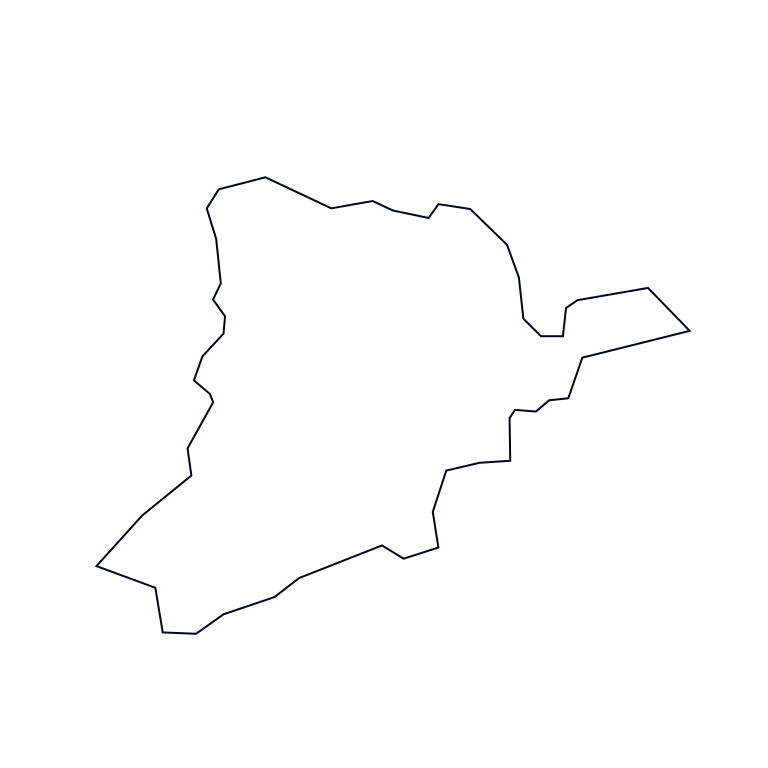 the district of Keita, Tahoua, Niger, rotated 352°
{"feature_id": "23599985B44584919101761", "entity_name": "Keita", "entity_type": "district", "adm_level": 2, "iso_a3": "NER", "parent_name": "Niger", "parent_adm1": "Tahoua", "projection": "natural_earth1", "projection_center": [5.89, 14.779], "detail": "fine", "context": "isolated", "style": "outline", "palette": "ink", "viewbox_px": 768, "rotation_deg": 352, "n_neighbors": 0, "source": "geoboundaries", "source_scale": "gbopen_adm2", "svg_char_len": 777}
<svg xmlns="http://www.w3.org/2000/svg" viewBox="0 0 768 768"><g transform="rotate(352 384 384)"><path d="M246.0,579.7L273.0,564.3L359.5,543.6L379.1,559.7L415.1,553.5L414.5,517.5L433.6,478.4L467.6,475.3L498.3,477.6L503.6,435.3L510.1,427.9L530.6,432.4L545.3,423.1L564.5,423.8L584.1,385.5L694.1,373.9L658.8,325.6L587.3,327.9L574.9,334.0L567.8,361.6L546.1,358.5L531.1,338.7L532.4,297.2L525.2,263.3L493.7,222.7L463.0,213.5L451.2,225.8L417.1,213.5L398.2,201.2L356.2,202.7L295.3,162.8L247.5,168.2L232.9,185.5L238.0,217.0L236.4,261.6L226.5,276.6L236.0,294.9L232.1,311.8L208.0,331.4L196.3,354.0L210.2,369.6L212.3,378.3L180.5,420.4L180.5,447.8L126.2,480.6L73.9,524.3L129.2,554.0L130.3,599.2L163.1,605.2L193.1,589.7L246.0,579.7Z" fill="none" stroke="#020617" stroke-width="2"/></g></svg>